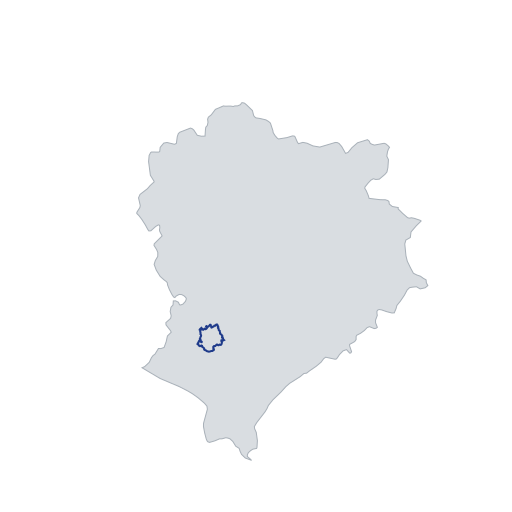 Dzyatlava, Grodno, Belarus shown in context, rotated 312°
{"feature_id": "67162791B37208014069458", "entity_name": "Dzyatlava", "entity_type": "district", "adm_level": 2, "iso_a3": "BLR", "parent_name": "Belarus", "parent_adm1": "Grodno", "projection": "mercator", "projection_center": [25.377, 53.437], "detail": "fine", "context": "in_parent", "style": "outline", "palette": "blue", "viewbox_px": 512, "rotation_deg": 312, "n_neighbors": 0, "source": "geoboundaries", "source_scale": "gbopen_adm2", "svg_char_len": 7090}
<svg xmlns="http://www.w3.org/2000/svg" viewBox="0 0 512 512"><g transform="rotate(312 256 256)"><path d="M392.5,355.3L385.7,354.9L377.6,355.1L373.0,358.3L368.1,356.7L364.5,358.5L356.5,367.3L353.3,372.0L350.4,379.2L348.5,384.5L349.5,388.2L351.0,391.7L351.4,395.4L352.1,398.3L350.1,400.5L349.0,403.5L345.6,403.0L341.4,400.0L340.5,395.8L337.3,392.9L335.2,391.3L331.8,391.1L326.2,392.5L319.0,393.5L313.5,393.8L310.6,395.3L306.2,396.8L304.5,395.0L302.0,390.2L300.0,385.4L298.6,383.3L297.4,382.7L295.9,382.8L294.2,384.4L293.0,385.9L288.4,387.7L286.4,389.5L284.2,393.9L282.7,393.6L281.2,392.5L279.4,387.6L277.1,386.5L273.2,386.4L268.5,385.4L264.6,383.9L263.2,384.2L260.9,386.3L258.4,386.6L253.0,384.7L251.9,385.6L248.8,391.1L247.3,391.3L246.5,390.6L247.0,385.9L243.8,384.2L238.5,384.0L234.7,384.6L232.9,384.5L232.0,383.5L227.4,375.5L225.0,375.0L220.6,375.4L214.2,374.5L206.8,372.7L202.8,372.0L200.7,370.2L196.1,369.6L183.9,366.2L178.9,365.6L171.6,365.6L160.4,364.8L153.2,365.2L149.9,366.3L146.1,367.0L132.8,368.0L128.1,368.9L126.7,370.6L125.1,374.2L119.7,380.6L114.4,384.8L113.4,385.2L110.3,382.9L107.7,382.2L104.7,381.9L102.5,382.6L101.2,383.7L101.3,388.6L101.0,389.0L98.7,383.2L98.9,378.0L100.2,374.9L101.8,372.2L101.1,368.2L102.7,362.8L102.7,358.9L102.0,357.2L100.8,355.2L97.3,353.0L95.8,351.3L91.1,349.1L86.4,346.2L85.7,344.5L85.9,343.3L86.7,341.5L90.2,336.2L94.1,331.1L96.5,329.0L109.6,322.4L111.6,320.0L112.1,316.1L111.9,308.1L111.1,300.9L110.1,295.8L107.6,286.4L100.8,266.7L96.7,246.1L99.4,247.3L105.6,247.8L110.6,246.3L113.2,246.1L115.4,246.6L122.0,245.4L123.6,247.3L126.5,248.9L132.2,246.6L137.3,243.7L142.6,244.0L143.3,242.5L144.6,235.2L146.2,233.6L152.5,234.3L154.8,233.0L157.3,229.4L161.0,227.1L164.1,227.1L167.3,224.6L168.9,226.3L169.7,229.3L168.6,231.8L169.1,232.7L171.3,233.9L175.2,233.9L177.6,232.9L178.2,231.5L178.2,229.0L177.6,226.6L176.0,224.6L172.9,223.5L170.8,223.5L170.4,222.2L171.1,219.4L173.0,214.3L175.3,209.7L176.8,207.9L177.0,206.3L176.7,203.5L176.7,198.4L178.8,191.3L181.6,185.9L185.3,184.2L189.9,183.3L192.9,180.7L194.3,177.8L195.6,173.1L197.0,172.2L208.1,172.8L209.8,168.2L210.7,166.9L212.8,165.5L214.3,163.8L213.8,162.6L210.9,161.7L204.3,161.0L202.9,159.5L203.4,157.6L205.1,152.8L206.8,146.6L207.7,141.8L207.8,139.0L208.8,138.2L214.2,137.3L216.0,136.3L220.6,129.8L224.2,128.6L233.4,130.3L237.6,130.2L242.9,130.7L243.4,130.0L245.3,123.5L254.3,113.0L259.2,109.3L262.3,108.5L263.3,108.7L268.2,114.3L269.3,114.5L272.6,112.1L278.2,111.9L280.8,113.9L284.5,120.7L286.4,121.5L291.9,117.7L294.9,116.4L296.9,116.5L307.2,121.7L307.9,123.4L308.0,125.4L306.4,131.6L308.5,135.3L311.0,137.9L316.3,133.7L318.2,132.5L320.4,132.5L323.2,130.9L325.3,128.5L327.3,127.7L331.0,128.3L337.8,127.7L345.8,131.4L346.5,132.6L350.5,136.9L351.9,139.1L353.2,139.7L355.3,141.9L358.1,143.2L360.1,142.8L361.0,143.5L361.9,145.2L362.0,148.0L361.7,156.0L358.8,160.3L358.5,161.7L358.6,163.5L360.9,167.0L363.8,172.3L364.4,175.4L364.4,177.8L360.5,184.6L359.2,186.2L358.2,189.6L357.8,193.0L358.0,194.4L364.7,199.8L369.6,202.7L370.7,204.1L370.8,205.0L368.2,210.8L367.9,212.4L371.8,214.8L374.0,218.5L375.9,224.6L379.6,230.5L393.5,239.0L394.7,240.6L395.2,242.4L394.7,246.4L392.2,253.9L394.6,255.1L400.7,254.8L408.1,255.7L417.0,261.0L417.1,263.4L416.1,265.6L416.8,267.9L417.7,269.8L425.5,275.8L426.2,277.5L426.3,280.4L426.1,282.5L424.0,282.9L421.6,283.9L417.7,286.4L416.2,290.0L409.9,294.9L406.0,297.1L402.9,297.2L395.6,296.2L393.0,293.8L391.9,291.5L389.1,290.6L385.3,290.5L380.2,290.8L379.1,291.5L378.3,294.2L376.1,298.9L374.5,301.5L381.0,310.7L384.3,314.5L385.4,316.8L385.4,318.4L383.8,320.3L384.0,324.2L387.2,329.3L386.1,330.1L385.8,336.4L385.9,343.0L386.7,344.6L388.4,345.9L389.9,348.4L392.3,353.9L392.5,355.3Z" fill="#d9dde1" stroke="#a8b0b8" stroke-width="1"/><path d="M166.0,263.5L165.6,263.5L165.1,263.4L164.4,263.3L163.9,263.4L163.5,263.4L163.4,263.5L163.5,263.9L163.8,264.1L163.9,264.4L163.5,264.7L163.1,264.8L162.7,265.0L162.3,265.2L162.1,265.8L161.8,266.2L161.2,266.7L160.8,266.9L160.8,267.2L160.6,267.7L160.4,268.1L160.1,268.5L159.7,268.7L159.3,268.9L158.7,268.9L158.4,269.0L158.1,269.2L157.9,269.4L157.6,269.6L157.1,269.6L156.8,269.7L156.7,270.0L156.7,270.4L156.7,270.8L156.5,271.1L156.3,271.2L156.0,271.4L155.9,271.7L155.9,272.2L156.0,272.5L156.0,272.8L155.9,273.2L155.6,273.3L155.4,273.1L155.3,272.6L155.3,272.1L155.2,271.6L155.3,271.2L155.2,270.8L155.1,270.5L154.8,270.5L154.7,270.5L154.4,270.8L154.1,270.7L153.9,270.7L153.7,270.8L153.5,271.0L153.1,271.1L152.7,271.1L152.2,271.1L151.8,271.2L151.4,271.5L151.6,271.9L151.8,272.2L151.6,272.4L151.5,272.6L151.5,273.0L151.2,273.3L151.3,273.9L151.3,274.2L151.4,274.6L151.8,274.9L152.0,275.1L152.5,275.1L152.9,275.2L153.0,275.5L153.2,276.0L152.8,276.4L152.5,276.5L152.5,276.9L152.6,277.3L152.7,278.0L152.7,278.6L152.7,279.1L152.5,279.5L152.4,279.7L152.0,279.8L151.8,280.1L151.9,280.3L152.1,280.4L152.0,280.7L151.9,281.0L152.0,281.3L152.3,281.7L152.4,282.3L152.3,282.8L152.5,283.4L152.8,283.7L153.0,284.0L153.0,284.5L153.4,285.0L153.7,285.3L153.9,285.4L154.3,285.7L154.8,286.0L155.3,286.2L155.6,286.5L155.9,286.8L156.0,286.9L156.2,287.1L156.7,287.1L157.0,287.2L157.3,287.5L157.7,287.6L158.0,287.5L158.0,287.2L158.4,287.1L158.6,287.0L158.7,286.7L158.6,286.3L158.8,286.1L159.3,285.9L159.6,285.5L159.7,285.1L160.1,285.0L160.6,285.0L161.1,285.1L161.3,285.4L161.5,285.7L161.7,285.9L161.9,286.0L162.3,286.0L163.1,286.0L163.8,286.0L164.0,286.1L164.2,286.3L164.2,286.7L164.2,287.0L164.3,287.3L164.4,287.7L164.6,287.8L164.8,288.0L165.4,288.0L165.7,288.1L165.9,288.3L165.9,288.6L166.0,288.9L166.2,289.2L166.5,289.4L166.8,289.4L167.3,289.4L167.5,289.3L167.7,289.2L167.9,289.1L168.2,288.9L168.6,288.8L168.7,288.7L168.9,288.4L169.2,288.3L169.4,287.9L169.4,287.4L169.6,287.2L169.9,287.1L170.0,286.8L170.3,286.7L170.5,287.0L170.6,287.4L170.8,287.7L171.0,288.0L171.3,288.2L171.6,288.3L172.1,288.5L172.1,288.4L172.1,288.0L172.2,287.4L172.4,287.1L172.7,286.7L173.0,286.2L173.0,285.9L172.6,285.4L172.7,285.2L173.3,284.9L173.7,284.8L174.0,284.7L174.0,284.3L174.0,284.0L174.1,283.8L174.3,283.4L174.5,283.1L174.4,282.7L174.4,282.4L174.2,282.0L174.2,281.6L174.3,281.1L174.5,280.9L175.0,280.7L175.4,279.9L175.5,279.7L176.1,279.2L176.1,278.7L176.0,278.2L176.1,277.7L176.4,277.4L176.8,277.1L177.0,276.6L177.0,276.3L177.0,276.0L177.1,275.8L177.4,275.8L177.8,275.7L178.0,275.6L178.1,275.2L178.1,274.9L178.2,274.5L178.4,274.4L178.7,274.2L178.9,273.8L178.8,273.5L178.7,273.3L178.7,272.9L178.9,272.7L178.7,272.5L178.4,272.3L178.0,272.3L177.5,272.3L176.9,272.3L176.8,271.9L176.6,271.8L176.3,271.6L175.9,271.7L175.7,271.7L175.1,271.7L174.8,271.5L174.6,271.3L174.4,271.2L174.0,271.2L173.5,271.1L173.0,270.8L173.1,270.4L173.3,270.3L173.7,270.0L173.9,269.7L173.8,269.2L173.9,268.9L174.3,268.5L174.5,268.3L174.3,267.9L173.8,267.8L173.3,267.9L172.4,267.9L171.5,267.8L171.1,267.6L170.9,267.1L170.9,266.6L170.8,266.1L170.4,266.0L170.1,266.1L170.0,266.7L169.9,267.4L169.5,267.8L168.7,267.8L167.8,267.5L167.6,267.1L167.7,266.5L167.3,266.3L166.7,266.3L165.9,266.2L165.6,265.7L165.7,265.0L166.0,264.5L165.9,264.1L166.0,263.5L166.0,263.5Z" fill="none" stroke="#1e3a8a" stroke-width="2"/></g></svg>